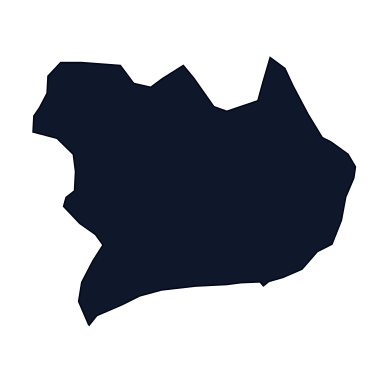 outline of Vännäs, Västerbotten, Sweden, rotated 273°
{"feature_id": "70781695B10556345050301", "entity_name": "Vännäs", "entity_type": "district", "adm_level": 2, "iso_a3": "SWE", "parent_name": "Sweden", "parent_adm1": "Västerbotten", "projection": "albers", "projection_center": [19.683, 63.961], "detail": "fine", "context": "isolated", "style": "filled", "palette": "ink", "viewbox_px": 384, "rotation_deg": 273, "n_neighbors": 0, "source": "geoboundaries", "source_scale": "gbopen_adm2", "svg_char_len": 859}
<svg xmlns="http://www.w3.org/2000/svg" viewBox="0 0 384 384"><g transform="rotate(273 192 192)"><path d="M102.0,268.2L106.6,273.3L111.6,287.6L120.7,305.9L139.0,320.2L147.2,334.5L171.6,342.7L195.1,345.8L214.5,352.9L223.4,353.7L225.7,353.9L237.9,345.8L249.1,328.4L253.2,319.2L275.6,303.9L303.0,287.5L320.3,278.3L330.4,263.0L305.0,257.0L286.6,253.0L274.4,222.5L278.4,209.3L305.7,187.9L317.9,176.7L303.6,156.4L294.4,145.3L297.4,128.1L314.6,113.8L315.5,75.4L314.4,54.1L300.2,42.1L283.0,42.1L267.8,35.1L259.7,30.1L244.1,30.1L243.6,30.1L238.6,54.3L223.4,71.5L206.2,74.6L187.0,74.6L180.0,66.5L170.9,64.5L154.7,81.6L144.5,97.8L134.4,105.9L118.2,96.7L96.0,86.6L76.8,84.5L54.5,95.5L53.6,96.3L54.5,96.9L63.6,103.4L75.8,128.1L85.4,145.0L92.5,166.4L98.2,200.2L101.4,231.4L104.0,245.7L105.8,264.6L102.0,268.2Z" fill="#0f172a" stroke="#020617" stroke-width="1.5"/></g></svg>